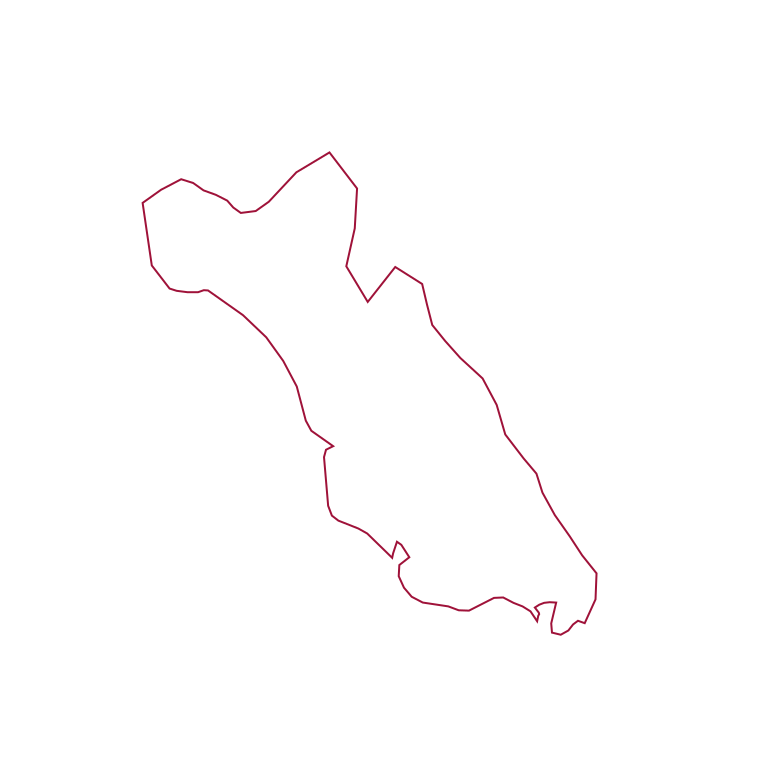 an SVG outline of Puerto Plata, rotated 215°
{"feature_id": "DOM-1965", "entity_name": "Puerto Plata", "entity_type": "Province", "adm_level": 1, "iso_a3": "DOM", "parent_name": "Dominican Republic", "parent_adm1": "", "projection": "albers", "projection_center": [-70.865, 19.728], "detail": "fine", "context": "isolated", "style": "outline", "palette": "rose", "viewbox_px": 768, "rotation_deg": 215, "n_neighbors": 0, "source": "natural_earth", "source_scale": "10m", "svg_char_len": 1239}
<svg xmlns="http://www.w3.org/2000/svg" viewBox="0 0 768 768"><g transform="rotate(215 384 384)"><path d="M82.4,303.2L89.3,301.3L91.2,295.5L91.6,287.8L95.4,280.0L103.8,276.7L109.7,283.8L117.6,303.7L123.1,300.3L127.3,296.6L130.2,292.3L132.2,287.4L126.1,285.5L124.9,284.5L124.7,282.6L122.5,277.5L133.6,281.8L142.9,281.3L152.4,279.0L163.9,277.5L171.2,271.9L184.4,247.1L193.0,241.5L203.8,238.7L226.9,227.2L239.3,225.6L250.8,228.6L261.7,235.0L267.6,244.5L263.9,256.6L277.6,262.2L282.9,262.2L279.4,250.5L277.6,246.3L312.0,251.9L322.1,250.9L343.0,245.9L351.2,246.3L359.9,252.2L391.2,289.7L393.8,296.9L390.0,303.9L416.7,304.0L427.0,309.1L454.0,331.9L479.8,345.1L507.2,354.7L538.9,359.5L581.8,359.7L585.4,357.5L589.0,352.5L597.6,346.5L607.3,341.4L614.4,339.2L642.2,347.9L685.6,393.9L678.0,415.3L667.6,435.4L655.6,439.2L642.9,439.1L630.3,442.5L617.6,444.3L608.7,442.1L599.4,442.0L588.3,452.1L582.9,467.2L577.2,507.2L561.5,542.4L518.2,528.7L497.2,494.7L482.4,458.8L444.4,441.9L441.9,486.3L410.1,487.8L394.3,473.7L378.3,460.0L358.5,454.3L336.4,449.1L306.4,445.1L279.7,431.5L255.7,412.2L226.9,403.1L207.7,398.0L191.9,385.9L168.9,374.6L144.6,365.8L123.4,357.3L101.3,350.8L87.2,328.9L82.4,303.2Z" fill="none" stroke="#9f1239" stroke-width="2"/></g></svg>